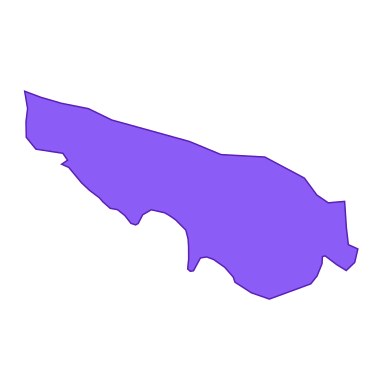 the border of Lebanon, rotated 86°
{"feature_id": "LBN", "entity_name": "Lebanon", "entity_type": "country or territory", "adm_level": 0, "iso_a3": "LBN", "parent_name": "Asia", "parent_adm1": "", "projection": "equal_earth", "projection_center": [35.971, 33.877], "detail": "fine", "context": "isolated", "style": "filled", "palette": "violet", "viewbox_px": 384, "rotation_deg": 86, "n_neighbors": 0, "source": "natural_earth", "source_scale": "50m", "svg_char_len": 894}
<svg xmlns="http://www.w3.org/2000/svg" viewBox="0 0 384 384"><g transform="rotate(86 192 192)"><path d="M212.0,40.4L238.4,40.5L255.4,39.7L260.4,30.5L273.6,34.6L281.1,43.6L274.4,52.9L265.0,63.6L265.5,66.4L272.6,67.3L284.5,73.1L291.9,79.9L304.2,122.3L296.7,139.8L285.0,155.4L279.7,156.8L269.4,164.6L260.8,175.2L257.8,181.9L258.4,188.2L270.7,196.0L271.0,199.2L268.5,201.7L258.6,200.0L245.9,199.2L238.4,199.2L229.6,200.8L218.5,210.4L213.5,216.7L210.8,220.8L206.9,233.9L211.3,242.8L219.7,247.9L220.9,250.5L219.0,255.1L210.7,260.7L204.4,267.6L202.6,274.7L195.7,281.5L191.4,284.7L183.3,294.0L175.2,301.5L158.9,313.2L155.2,320.1L151.6,313.9L144.4,318.1L138.4,344.7L125.9,353.5L110.3,352.7L97.3,350.2L79.8,351.9L86.9,336.4L94.3,316.4L101.7,289.4L114.6,267.0L141.4,191.1L156.7,160.4L162.2,116.9L186.0,78.9L203.7,67.7L212.3,56.8L212.0,40.4Z" fill="#8b5cf6" stroke="#5b21b6" stroke-width="1.5"/></g></svg>